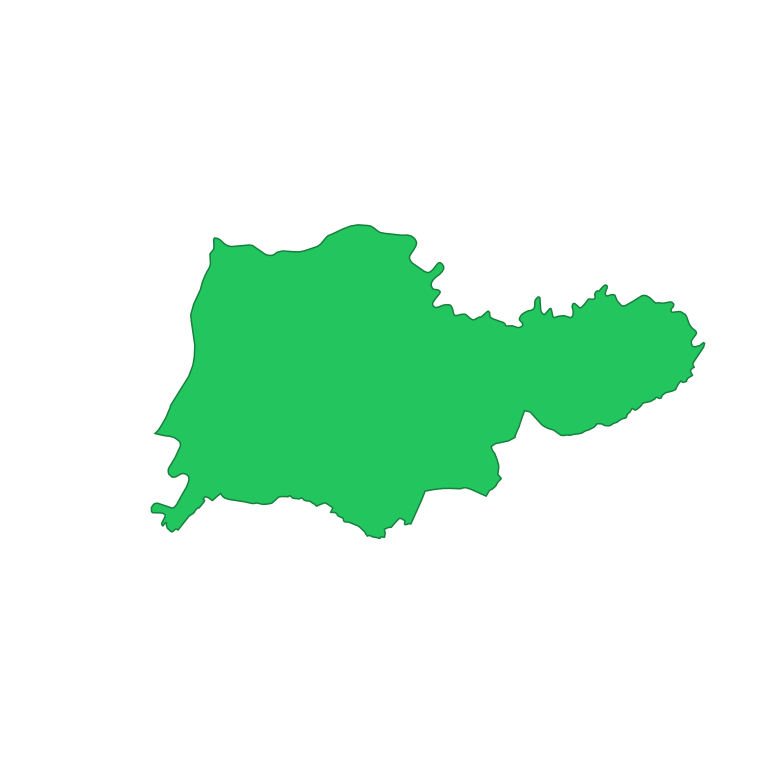 Dong Ha, Quảng Trị, Vietnam (Robinson projection), rotated 222°
{"feature_id": "81297802B80628180194499", "entity_name": "Dong Ha", "entity_type": "district", "adm_level": 2, "iso_a3": "VNM", "parent_name": "Vietnam", "parent_adm1": "Quảng Trị", "projection": "robinson", "projection_center": [107.071, 16.803], "detail": "fine", "context": "isolated", "style": "filled", "palette": "green", "viewbox_px": 768, "rotation_deg": 222, "n_neighbors": 0, "source": "geoboundaries", "source_scale": "gbopen_adm2", "svg_char_len": 6171}
<svg xmlns="http://www.w3.org/2000/svg" viewBox="0 0 768 768"><g transform="rotate(222 384 384)"><path d="M164.6,603.8L167.7,605.3L168.5,606.9L171.2,625.4L173.0,628.8L174.3,628.5L175.1,623.8L178.0,619.4L179.4,618.8L180.9,618.8L182.7,619.9L184.4,621.7L185.0,625.0L185.2,629.0L185.8,630.9L187.0,631.7L188.5,631.9L192.3,631.7L197.0,632.6L204.7,636.8L206.9,637.2L211.7,636.3L213.2,635.3L217.8,630.1L218.7,630.0L220.0,630.6L220.7,632.3L220.7,634.8L221.3,636.4L222.6,637.4L224.7,637.4L226.1,636.7L230.4,631.0L232.4,629.4L234.2,628.3L235.5,626.7L236.7,625.8L244.1,626.0L247.8,625.3L250.1,623.9L251.5,621.9L254.0,613.0L257.2,603.4L259.3,601.3L260.8,601.2L266.3,601.8L271.9,604.5L273.2,604.0L274.5,602.9L277.2,598.6L278.1,598.2L280.0,599.1L281.2,601.1L282.4,604.6L283.6,606.1L285.3,606.1L286.0,605.4L286.5,602.7L286.4,597.0L286.9,596.3L287.5,596.2L288.1,595.3L288.2,594.3L287.7,592.2L287.1,591.2L285.9,590.6L284.9,589.3L284.7,587.6L286.0,586.2L288.4,584.5L288.9,583.6L288.4,577.6L288.4,574.5L288.7,572.5L289.5,571.6L295.8,571.5L297.0,570.7L297.2,570.0L296.7,568.5L295.7,567.1L292.8,565.3L289.9,562.1L289.2,560.0L289.3,559.2L290.0,558.0L295.8,555.3L298.8,552.2L300.7,549.5L301.7,547.5L302.6,547.0L304.1,547.4L308.1,550.4L310.2,551.7L310.6,551.7L311.1,551.3L311.2,550.2L311.1,543.3L311.9,542.5L314.1,542.5L316.7,543.5L325.8,552.4L327.1,552.4L327.8,551.5L327.9,548.3L327.1,546.2L323.9,542.5L323.3,541.1L323.2,539.3L323.9,537.2L325.9,534.7L327.3,531.2L328.0,528.4L328.0,526.2L327.5,524.2L326.8,522.8L326.1,522.3L321.3,521.6L320.4,520.8L320.1,519.8L320.7,517.4L321.7,516.0L322.9,515.1L327.4,513.3L331.7,509.1L332.8,508.9L334.3,509.6L336.1,509.7L345.6,505.7L349.1,504.7L350.8,505.3L353.5,507.9L355.1,508.0L355.7,507.1L356.6,498.9L358.1,497.3L359.7,492.7L360.6,491.4L361.8,490.7L365.2,490.4L369.5,490.4L371.2,489.6L373.1,487.5L376.1,483.1L377.2,482.3L379.2,482.7L382.2,485.0L384.6,486.3L386.6,487.0L388.0,486.8L390.3,485.1L392.5,482.6L395.2,477.4L396.7,475.4L397.7,475.0L399.9,475.0L401.1,475.6L402.2,477.2L402.7,480.6L403.2,488.5L403.8,490.0L405.2,490.4L407.0,490.0L410.5,487.6L412.2,487.6L414.9,488.8L416.3,490.5L417.1,493.6L417.1,497.2L416.0,503.2L416.0,506.7L416.8,509.7L418.6,511.4L421.0,512.0L423.3,511.9L424.3,511.0L424.7,509.4L424.2,502.0L424.5,499.1L425.3,496.8L426.8,495.6L429.3,494.7L444.1,492.8L446.7,493.3L448.9,494.2L450.1,495.5L451.0,498.1L451.8,504.0L452.8,508.2L453.9,510.4L455.3,511.4L457.4,512.3L460.3,512.5L463.0,512.1L466.1,510.5L470.4,506.4L484.3,496.4L488.1,494.1L490.5,493.5L496.7,493.1L499.7,492.4L502.4,490.7L509.9,484.8L514.5,479.0L518.2,471.9L522.8,460.8L524.7,457.0L525.0,454.9L524.7,445.7L525.3,442.4L526.1,440.6L532.2,429.8L535.2,425.7L539.6,421.9L548.3,415.1L551.5,410.5L552.5,406.0L553.9,404.0L556.3,402.1L558.6,401.0L574.5,398.9L577.2,397.1L588.9,384.5L591.2,382.8L594.3,381.7L597.3,381.4L602.1,381.5L605.1,380.8L607.5,379.3L607.4,377.9L606.8,376.9L602.5,372.6L600.7,370.0L600.4,364.2L593.4,357.2L592.5,355.6L591.4,352.7L590.9,349.7L589.4,344.4L587.3,338.5L583.6,331.3L578.8,315.9L573.9,306.1L569.1,301.7L550.5,286.2L543.0,277.1L538.5,269.9L534.2,258.9L528.3,225.5L527.2,223.4L523.6,213.2L521.4,202.7L520.8,198.7L521.0,194.0L513.0,198.4L508.3,201.7L506.0,203.0L503.3,204.0L498.3,204.5L496.7,204.2L495.2,203.3L493.8,201.6L489.9,189.2L488.0,178.9L487.2,176.2L485.2,174.0L483.4,173.0L479.3,173.0L477.8,174.2L476.6,175.6L475.0,180.6L473.6,182.9L471.9,184.0L469.8,184.6L467.5,184.6L465.3,182.9L463.7,180.1L461.9,175.6L460.2,167.2L457.5,156.0L457.3,152.7L457.6,151.5L458.4,150.0L472.2,144.1L473.7,142.8L474.6,141.0L474.6,138.7L474.1,136.4L471.6,133.8L470.7,133.5L469.7,133.6L463.8,138.7L461.6,140.0L459.6,140.3L458.8,140.0L458.0,139.1L456.0,131.7L454.6,130.6L453.4,130.6L453.6,134.3L453.3,135.1L452.2,134.8L451.5,133.6L448.6,131.9L443.8,131.7L442.5,132.4L442.1,133.5L441.9,136.4L440.6,137.6L439.3,137.7L440.5,155.4L439.2,160.1L439.1,161.7L439.7,164.1L439.5,166.8L439.4,167.5L438.5,168.1L438.8,175.3L439.2,177.0L439.4,177.4L441.3,177.5L441.6,179.6L441.4,180.7L438.8,181.9L437.4,182.2L433.8,182.4L433.4,183.0L432.9,188.7L432.1,193.3L428.3,192.4L425.5,192.9L421.9,194.6L408.7,203.2L402.6,206.6L400.8,208.0L398.9,210.5L393.9,213.2L390.9,216.1L388.6,218.9L387.5,220.7L386.7,228.8L386.3,229.9L385.6,231.0L381.4,234.9L379.9,235.8L379.5,237.7L378.6,238.1L375.9,238.1L374.9,238.4L370.0,242.0L369.2,244.2L367.2,244.5L365.6,244.2L362.7,245.7L362.0,246.6L360.6,247.3L356.5,247.8L354.7,248.4L353.2,248.0L352.1,248.4L351.7,249.8L348.7,255.8L347.4,256.6L340.0,257.7L338.9,257.5L338.5,255.1L337.7,253.0L334.6,255.5L333.5,255.9L332.3,255.9L329.9,255.2L324.4,256.9L322.5,255.3L321.4,255.2L319.9,256.0L317.9,257.7L307.7,261.4L298.9,261.2L297.1,260.3L294.5,259.9L293.7,261.6L289.6,263.1L286.7,265.0L284.0,266.2L283.7,266.8L284.0,268.6L283.0,269.0L281.1,270.5L283.2,273.9L286.5,276.2L284.9,280.0L282.7,282.5L282.9,288.2L282.7,294.2L280.8,295.8L279.6,295.7L277.6,296.4L276.7,296.0L275.1,293.6L274.4,293.5L273.2,294.5L272.2,296.7L270.4,298.0L278.6,323.6L281.8,331.9L276.7,338.5L270.2,345.9L265.3,350.4L257.3,357.1L255.3,360.2L253.6,361.8L249.3,363.8L233.1,369.0L234.2,374.6L234.2,376.0L233.8,377.2L233.2,378.1L232.7,382.7L233.7,387.5L233.5,391.6L233.8,392.3L239.0,393.1L242.9,398.8L244.7,400.5L249.1,403.3L255.3,406.5L258.9,407.1L262.5,409.3L261.3,414.2L253.3,425.2L250.9,432.1L251.7,432.9L254.0,439.1L255.0,442.6L256.7,446.1L261.7,458.2L256.7,461.0L239.4,459.3L236.1,459.8L232.1,460.9L227.2,463.2L218.1,464.3L216.0,465.9L213.8,468.7L211.5,470.3L208.9,474.1L206.3,476.9L204.0,480.2L203.1,483.5L200.9,487.4L199.1,492.2L198.9,493.0L199.0,496.4L198.7,497.4L195.5,500.0L192.4,500.7L189.5,502.8L188.0,504.7L187.0,508.5L185.2,511.5L184.8,514.2L183.6,517.7L181.7,520.5L181.8,522.0L182.9,524.3L182.5,527.4L183.2,531.7L183.0,532.0L180.0,532.6L179.7,532.9L179.0,534.5L178.5,537.8L178.4,540.1L178.8,542.3L177.9,544.5L174.7,548.7L173.9,550.4L173.6,552.0L172.7,553.6L172.9,555.9L172.1,556.8L169.7,557.5L168.7,559.0L169.4,561.2L169.5,562.9L168.9,565.8L164.9,571.9L163.6,575.0L165.0,579.7L165.4,582.6L165.4,584.9L163.2,585.1L162.5,585.6L160.9,588.4L161.7,589.4L162.0,592.2L160.5,596.8L164.7,598.5L165.3,599.3L165.5,601.9L164.6,603.8Z" fill="#22c55e" stroke="#15803d" stroke-width="1.5"/></g></svg>